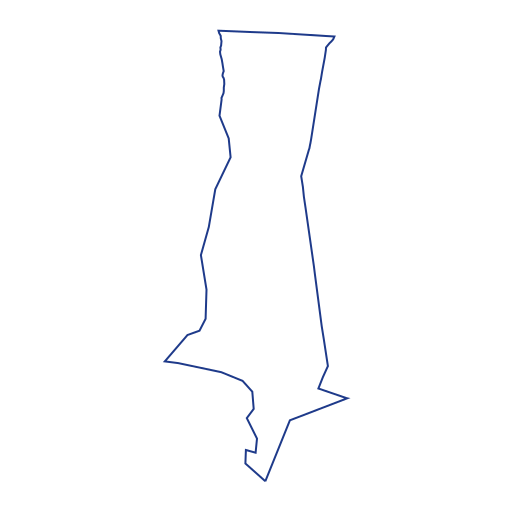 outline of Renk, Upper Nile, South Sudan
{"feature_id": "79223893B54015778886033", "entity_name": "Renk", "entity_type": "district", "adm_level": 2, "iso_a3": "SSD", "parent_name": "South Sudan", "parent_adm1": "Upper Nile", "projection": "natural_earth1", "projection_center": [32.947, 11.291], "detail": "fine", "context": "isolated", "style": "outline", "palette": "blue", "viewbox_px": 512, "rotation_deg": 0, "n_neighbors": 0, "source": "geoboundaries", "source_scale": "gbopen_adm2", "svg_char_len": 1105}
<svg xmlns="http://www.w3.org/2000/svg" viewBox="0 0 512 512"><path d="M265.3,481.2L265.3,481.3L289.9,420.3L347.2,398.3L346.4,398.1L318.4,388.5L322.9,377.1L327.9,366.1L323.8,339.2L321.7,326.1L314.9,274.2L313.9,266.2L305.7,208.9L303.9,196.8L302.9,187.0L301.2,176.2L309.0,149.4L309.4,148.4L310.2,144.0L310.3,143.8L311.1,139.3L319.0,88.8L320.7,79.9L320.8,79.8L322.1,71.8L324.7,57.9L325.9,49.9L326.0,47.5L327.5,45.6L329.6,43.1L331.2,41.6L332.1,40.6L333.2,39.3L334.4,36.5L325.8,36.0L278.3,33.0L252.6,32.1L218.5,30.7L219.2,33.2L220.7,35.8L220.8,38.3L221.5,41.1L221.1,45.6L220.4,47.4L220.6,49.8L220.0,51.7L220.3,54.3L221.7,59.2L222.4,63.1L222.9,66.4L223.7,71.1L222.9,73.3L222.5,75.3L222.7,76.6L223.6,78.0L224.1,79.7L224.3,84.1L223.8,87.5L223.8,91.0L223.5,93.2L222.5,95.6L221.5,97.9L221.6,99.6L219.5,115.7L228.7,138.4L230.6,157.3L215.3,189.2L208.8,227.0L200.9,255.1L206.5,289.6L205.6,318.8L199.5,330.7L187.5,335.0L164.8,361.4L178.2,363.1L221.3,372.2L242.6,380.9L252.3,391.7L253.7,408.9L246.8,418.1L257.0,438.6L255.6,452.7L245.9,450.0L245.4,463.5L265.3,481.2Z" fill="none" stroke="#1e3a8a" stroke-width="2"/></svg>